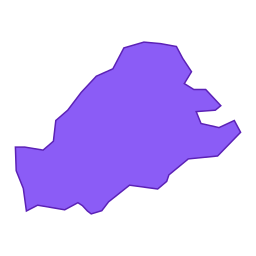 an SVG outline of Beverinas
{"feature_id": "LVA-5783", "entity_name": "Beverinas", "entity_type": "Municipality", "adm_level": 1, "iso_a3": "LVA", "parent_name": "Latvia", "parent_adm1": "", "projection": "mercator", "projection_center": [25.601, 57.529], "detail": "fine", "context": "isolated", "style": "filled", "palette": "violet", "viewbox_px": 256, "rotation_deg": 0, "n_neighbors": 0, "source": "natural_earth", "source_scale": "10m", "svg_char_len": 618}
<svg xmlns="http://www.w3.org/2000/svg" viewBox="0 0 256 256"><path d="M143.9,42.1L160.5,43.6L176.4,46.5L182.7,58.4L191.5,71.7L184.3,83.6L193.8,89.5L205.7,89.5L220.8,105.7L215.3,110.2L196.2,111.6L201.0,123.5L219.0,127.6L234.3,120.5L240.6,132.3L217.6,156.0L188.3,158.9L168.9,174.9L166.7,181.4L157.7,189.0L129.5,185.2L108.6,201.8L101.8,210.7L91.2,213.9L87.4,211.0L82.4,205.6L77.9,202.7L64.7,209.8L37.6,205.2L26.4,211.0L23.3,188.4L16.2,170.7L15.4,147.1L24.9,147.1L43.1,150.1L53.4,141.2L55.8,120.5L67.7,110.2L81.2,92.4L96.3,76.2L112.9,68.8L123.9,47.9L143.9,42.1Z" fill="#8b5cf6" stroke="#5b21b6" stroke-width="1.5"/></svg>